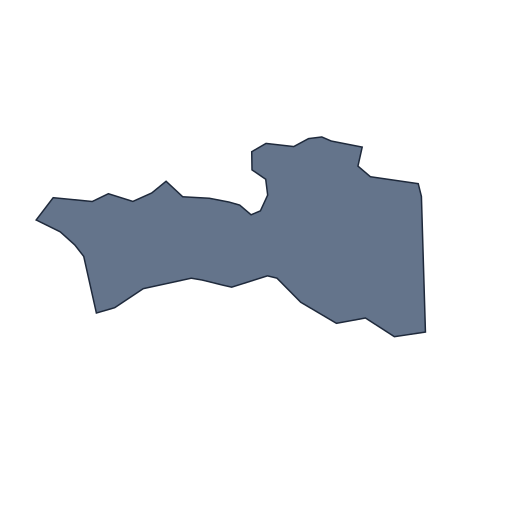 the district of Goochland, Virginia, United States of America, rotated 152°
{"feature_id": "52423323B67419476336365", "entity_name": "Goochland", "entity_type": "district", "adm_level": 2, "iso_a3": "USA", "parent_name": "United States of America", "parent_adm1": "Virginia", "projection": "equal_earth", "projection_center": [-77.893, 37.734], "detail": "fine", "context": "isolated", "style": "filled", "palette": "slate", "viewbox_px": 512, "rotation_deg": 152, "n_neighbors": 0, "source": "geoboundaries", "source_scale": "gbopen_adm2", "svg_char_len": 720}
<svg xmlns="http://www.w3.org/2000/svg" viewBox="0 0 512 512"><g transform="rotate(152 256 256)"><path d="M78.8,243.7L117.8,272.3L123.8,287.5L111.1,302.3L135.6,322.2L142.0,330.2L154.5,335.0L171.3,334.9L194.3,350.7L210.8,350.1L219.1,333.9L211.4,319.2L217.1,304.3L230.9,293.8L241.0,294.7L246.5,308.6L254.5,316.3L270.1,328.9L292.9,342.7L300.3,364.2L318.5,360.6L339.1,362.0L357.1,380.3L375.0,381.0L407.7,402.7L433.2,391.0L417.5,369.2L410.8,350.8L408.3,336.5L423.7,280.6L405.0,276.7L370.9,280.1L323.6,266.8L315.0,260.2L299.4,246.2L292.1,239.9L255.2,233.1L247.9,226.6L238.2,194.1L216.6,158.8L188.5,149.9L184.7,143.1L171.7,119.8L142.1,109.3L82.0,230.9L78.8,243.7Z" fill="#64748b" stroke="#1e293b" stroke-width="1.5"/></g></svg>